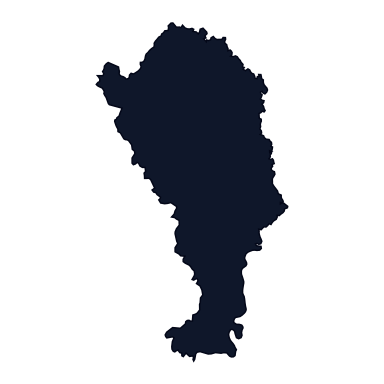 São Vicente do Sul, Rio Grande do Sul, Brazil (Robinson projection), rotated 270°
{"feature_id": "56859067B73403830410426", "entity_name": "São Vicente do Sul", "entity_type": "district", "adm_level": 2, "iso_a3": "BRA", "parent_name": "Brazil", "parent_adm1": "Rio Grande do Sul", "projection": "robinson", "projection_center": [-54.782, -29.692], "detail": "fine", "context": "isolated", "style": "filled", "palette": "ink", "viewbox_px": 384, "rotation_deg": 270, "n_neighbors": 0, "source": "geoboundaries", "source_scale": "gbopen_adm2", "svg_char_len": 5771}
<svg xmlns="http://www.w3.org/2000/svg" viewBox="0 0 384 384"><g transform="rotate(270 192 192)"><path d="M34.3,236.4L36.8,234.9L38.3,234.4L40.4,233.0L42.4,231.3L43.8,230.3L46.0,229.3L48.0,228.8L49.6,228.6L51.5,229.0L54.3,230.5L54.7,232.1L53.7,233.8L52.5,234.7L50.5,235.1L48.6,235.7L46.3,236.5L45.3,238.7L46.4,241.1L48.7,242.0L51.4,241.5L53.9,242.0L56.1,243.0L57.5,242.7L58.9,241.7L59.6,239.4L59.7,236.4L61.5,233.7L63.8,233.8L65.6,234.6L66.6,235.7L67.0,237.7L67.5,240.0L68.8,242.0L70.9,244.3L72.3,245.4L74.1,246.1L75.6,246.0L77.6,245.5L80.8,245.0L83.6,244.7L85.3,244.5L87.5,244.1L89.3,243.2L91.0,242.6L93.8,242.6L95.5,242.8L98.1,243.2L100.9,243.7L102.5,243.7L105.3,242.9L107.2,242.3L109.8,241.4L112.3,241.3L113.9,241.5L115.6,242.4L116.8,244.0L118.2,245.9L119.8,246.7L121.4,246.5L123.1,245.7L124.7,244.8L126.2,244.6L128.0,245.1L130.2,246.0L131.8,247.8L132.8,249.9L133.8,252.7L133.9,254.9L133.6,256.9L133.9,259.7L135.5,261.3L137.7,261.0L137.8,259.0L138.3,256.4L140.1,255.5L140.6,257.1L139.7,258.8L140.3,260.8L142.7,261.8L144.9,261.0L147.1,260.0L149.5,259.3L151.2,259.0L152.8,259.1L154.8,258.7L154.3,261.2L155.9,262.6L157.2,264.0L157.0,266.0L158.5,267.7L160.3,269.0L159.5,271.0L161.4,272.1L163.0,273.5L164.7,276.2L166.9,277.2L168.7,277.1L168.4,279.2L169.9,280.9L171.4,283.0L173.1,284.3L175.0,284.4L176.2,287.4L177.7,287.7L179.1,285.9L180.3,284.4L181.2,282.4L182.7,283.2L184.2,282.5L185.6,281.5L187.0,281.2L188.9,281.2L190.2,278.3L193.0,277.5L195.3,275.8L197.6,274.0L200.2,272.4L202.8,272.4L204.4,272.3L206.0,272.6L207.9,273.9L209.8,274.9L212.3,274.4L213.0,272.6L214.3,271.3L216.1,271.3L217.6,272.6L219.5,272.1L220.4,274.2L222.0,273.7L223.8,273.4L225.2,272.4L224.5,270.6L225.2,269.0L227.2,270.3L229.0,270.1L230.4,271.3L232.6,271.7L235.4,272.3L237.0,272.5L237.8,270.8L239.7,271.7L241.7,271.4L242.8,270.1L244.5,269.1L244.8,266.1L246.4,264.3L248.2,263.6L249.0,261.8L249.6,260.2L251.0,261.6L253.1,261.3L255.1,259.8L257.3,260.6L259.6,260.3L261.2,260.6L262.8,261.3L264.8,261.2L265.6,259.4L267.5,259.1L270.5,259.0L271.4,260.9L272.8,262.1L272.1,264.1L273.4,265.1L275.3,264.1L277.7,263.5L279.8,262.0L281.4,263.6L283.3,264.0L283.7,262.2L285.0,260.4L287.1,261.4L289.2,262.1L290.2,260.8L291.8,260.5L292.7,262.1L291.1,263.0L290.1,264.9L291.9,266.7L294.0,267.5L295.9,266.9L297.6,265.4L299.5,263.9L301.7,263.3L304.1,263.3L305.3,261.6L307.6,261.3L309.4,260.9L309.5,258.7L307.6,259.2L307.4,257.4L305.3,257.0L305.8,254.9L307.7,254.7L310.0,253.7L310.8,251.6L312.3,250.5L314.0,249.7L315.1,247.9L313.3,245.5L314.7,243.1L316.5,244.2L316.9,242.5L319.6,243.0L321.7,241.1L323.6,240.2L325.2,238.6L327.2,237.3L328.1,235.5L327.3,233.1L327.9,230.6L329.1,231.8L331.3,232.1L332.9,231.3L334.0,230.1L333.3,227.9L335.3,228.0L337.3,227.1L339.3,226.7L340.9,224.8L342.8,224.7L344.7,225.6L346.4,225.4L346.5,223.1L344.6,221.9L344.6,219.7L344.5,216.9L345.4,215.1L347.5,213.3L346.2,211.1L344.2,210.6L343.4,208.4L344.0,206.7L342.2,206.2L345.2,203.6L346.1,205.9L348.2,204.9L350.3,207.0L351.9,206.7L355.8,203.0L354.8,200.2L352.0,199.6L350.1,198.2L352.0,196.3L352.6,192.8L354.7,193.7L355.6,192.0L355.0,189.7L355.1,187.4L356.0,185.1L358.8,182.5L356.4,181.1L356.9,179.5L356.8,176.4L361.0,172.9L360.9,171.0L358.1,168.2L356.4,168.6L353.5,168.1L353.2,164.8L351.2,163.5L350.0,161.7L348.0,161.1L346.9,158.8L344.6,157.0L342.8,155.4L340.8,154.2L339.0,154.3L337.0,154.0L335.4,151.6L333.6,149.6L331.4,147.9L330.0,146.3L328.4,145.6L326.9,145.3L325.0,145.0L322.9,144.0L321.7,142.4L321.6,140.4L319.8,140.3L317.1,141.2L315.2,140.3L313.2,138.5L312.1,136.9L310.9,135.1L310.0,133.3L310.7,131.1L308.9,129.5L307.4,129.4L305.6,128.7L304.8,126.2L306.3,124.9L307.3,123.2L307.8,121.3L308.8,119.8L310.4,119.1L312.6,119.4L314.9,118.8L317.0,118.5L321.5,108.2L320.2,106.3L317.9,104.4L315.6,104.2L313.9,103.6L312.5,102.6L310.3,103.8L308.3,103.0L308.3,100.5L308.3,97.5L306.6,98.9L304.7,99.9L302.4,99.6L301.6,98.0L299.6,96.3L298.4,97.4L297.4,99.1L295.9,102.3L293.7,103.7L292.3,104.3L290.4,103.9L288.5,104.9L286.5,106.2L280.4,108.4L279.3,109.4L275.9,122.0L273.1,121.0L271.3,120.2L268.0,119.1L266.2,116.9L264.8,116.5L264.0,114.9L262.6,114.7L260.4,115.4L258.4,116.1L256.9,116.8L255.0,117.9L252.4,118.0L251.2,120.4L245.2,123.9L244.4,125.3L244.2,127.2L243.4,128.6L239.1,131.7L234.7,132.3L232.9,134.5L230.4,134.9L226.0,132.1L220.8,132.1L219.3,133.4L220.1,135.5L221.6,137.0L220.8,138.6L218.0,140.0L216.6,142.4L216.6,145.1L212.5,145.6L210.9,144.1L208.2,144.5L205.6,144.6L205.7,149.2L204.2,150.8L195.9,154.7L194.0,152.1L191.9,153.7L191.4,155.8L189.4,157.1L186.9,160.5L185.4,160.2L184.1,158.8L181.0,160.7L180.3,164.6L180.6,167.4L181.4,170.9L177.5,176.6L175.6,176.6L173.1,175.1L169.9,174.2L167.0,171.6L166.4,174.8L165.1,176.3L163.6,179.1L158.9,179.3L155.3,176.5L152.1,175.2L150.2,175.1L144.4,176.4L142.7,176.8L140.5,177.8L136.3,175.1L132.2,175.1L130.1,178.9L128.2,180.7L127.8,184.9L124.8,183.2L122.4,183.2L120.8,185.3L119.0,189.0L117.6,190.5L114.7,192.4L113.2,194.2L110.1,194.7L108.4,194.3L104.5,192.1L103.9,193.7L105.6,196.6L103.9,198.0L102.5,197.7L100.4,196.5L98.1,200.0L94.1,201.9L89.1,202.8L86.0,200.5L81.4,200.2L79.6,199.6L74.1,199.7L70.9,197.3L69.8,195.5L69.0,192.9L63.1,192.4L62.7,190.8L63.7,189.0L63.5,187.2L62.4,185.8L60.1,185.4L58.2,183.2L55.7,180.3L56.4,172.6L51.8,166.7L49.1,165.2L47.5,165.7L46.1,166.8L47.2,172.6L46.1,174.0L42.4,172.4L37.4,171.8L34.8,172.0L32.7,173.3L32.1,174.8L33.2,176.2L33.9,178.0L31.4,179.8L30.8,181.8L28.2,181.9L27.4,183.3L30.9,186.0L27.6,189.6L28.1,192.8L26.3,193.5L24.6,193.0L23.0,193.7L24.7,194.7L30.1,195.7L31.8,197.0L32.4,200.1L30.0,208.2L30.2,211.3L31.4,215.4L30.8,221.1L31.3,223.3L31.2,226.7L27.9,229.6L27.1,231.3L27.2,233.4L28.4,235.0L32.7,235.6L34.3,236.4ZM232.6,271.7L231.4,269.7L233.3,269.6L232.6,271.7ZM181.2,282.4L180.1,280.4L181.6,280.4L181.2,282.4Z" fill="#0f172a" stroke="#020617" stroke-width="1.5"/></g></svg>